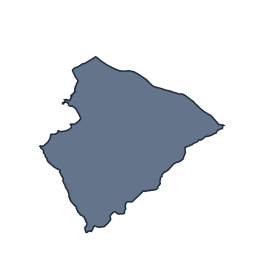 the district of Sandan, Kâmpóng Thum, Cambodia, rotated 64°
{"feature_id": "14789045B38871502259240", "entity_name": "Sandan", "entity_type": "district", "adm_level": 2, "iso_a3": "KHM", "parent_name": "Cambodia", "parent_adm1": "Kâmpóng Thum", "projection": "albers", "projection_center": [105.429, 13.113], "detail": "fine", "context": "isolated", "style": "filled", "palette": "slate", "viewbox_px": 256, "rotation_deg": 64, "n_neighbors": 0, "source": "geoboundaries", "source_scale": "gbopen_adm2", "svg_char_len": 5873}
<svg xmlns="http://www.w3.org/2000/svg" viewBox="0 0 256 256"><g transform="rotate(64 128 128)"><path d="M51.9,152.7L54.7,152.8L58.4,152.8L63.4,152.3L63.9,152.7L65.1,153.3L65.3,153.5L65.2,154.5L65.5,154.5L66.3,155.4L66.8,155.6L67.3,156.5L68.1,157.1L67.9,157.3L69.0,158.0L69.3,158.6L70.3,159.0L70.5,159.1L71.5,159.2L72.0,159.4L71.8,159.7L72.2,159.7L72.3,160.1L72.5,160.3L72.6,160.6L72.8,161.0L72.7,161.6L72.9,161.6L72.9,161.8L73.2,162.0L73.4,162.7L73.3,163.1L73.5,163.3L73.5,163.6L73.8,163.8L73.5,164.0L73.5,164.6L73.6,164.9L73.7,165.0L74.0,165.0L74.4,164.9L74.3,165.1L74.5,165.3L74.6,165.2L75.5,165.8L76.0,165.9L76.4,166.6L76.8,166.8L76.9,167.5L77.1,167.7L77.3,168.1L77.7,168.5L77.1,169.6L76.9,169.5L76.6,169.7L75.9,170.4L75.4,170.8L74.8,172.5L75.3,172.3L76.0,172.6L76.3,173.0L76.9,174.5L76.9,174.8L76.7,175.4L76.7,175.8L77.1,176.1L77.5,176.2L77.9,175.8L78.0,175.5L77.4,174.3L77.3,173.7L77.3,173.2L77.6,172.2L78.9,171.5L79.4,171.0L79.8,170.8L81.2,171.3L81.5,171.3L82.3,170.9L82.9,170.5L83.5,169.7L83.5,169.4L83.4,168.6L84.9,168.0L86.3,167.1L88.1,166.5L89.3,166.4L91.6,166.3L93.7,166.0L93.9,166.1L95.4,166.1L98.2,166.2L99.0,166.7L99.7,168.1L100.3,170.0L100.9,172.3L101.0,173.2L101.0,173.9L100.5,175.7L99.4,177.7L99.4,178.0L99.5,178.2L99.7,178.3L100.9,177.8L101.8,178.1L102.6,178.7L103.0,179.3L103.2,179.9L103.5,182.3L103.2,185.6L102.1,189.2L101.5,190.6L99.9,191.7L99.8,191.9L100.2,192.3L100.7,192.7L101.3,193.5L101.6,194.7L101.6,195.3L101.3,197.1L99.9,199.7L100.0,200.1L100.3,200.5L100.9,200.8L102.9,202.4L103.8,203.4L105.4,206.0L106.3,208.8L107.1,212.1L107.1,212.5L106.6,213.4L105.8,214.3L105.7,214.7L105.8,215.2L106.7,214.7L107.0,214.7L107.8,215.1L108.2,215.1L109.2,214.2L110.9,213.9L111.8,214.1L113.3,214.9L113.7,214.8L114.2,214.4L114.6,214.3L115.4,214.3L116.0,214.5L117.2,214.7L118.4,214.7L119.3,214.2L121.5,214.7L123.0,214.7L124.0,214.3L124.1,214.0L125.1,214.1L125.8,213.6L127.5,212.7L128.8,212.4L130.6,211.6L131.5,210.8L132.5,210.4L133.4,209.9L135.2,208.1L135.8,207.7L136.1,207.6L136.4,207.7L137.0,208.6L137.5,208.8L138.2,208.8L139.0,208.5L140.5,208.7L142.4,208.6L144.4,208.3L145.4,208.5L146.5,209.5L147.3,209.8L148.9,209.7L149.8,209.9L150.7,209.7L151.8,209.6L152.4,209.8L152.7,210.0L153.3,210.1L153.6,210.0L154.4,210.1L155.1,210.0L156.3,209.7L157.5,209.8L158.0,209.5L159.2,209.9L159.5,209.8L160.6,209.8L160.9,210.1L161.7,210.1L162.8,210.7L163.8,211.3L164.7,211.0L164.9,211.2L165.1,211.2L165.6,211.0L165.9,211.3L166.2,211.4L166.5,211.2L166.9,211.2L167.7,211.5L169.6,211.3L170.8,210.9L172.9,210.3L173.3,209.8L173.7,209.9L173.9,210.1L175.5,209.4L176.4,209.1L176.7,209.4L177.5,209.7L178.2,209.6L179.2,209.8L179.8,209.6L180.8,209.7L181.3,210.0L182.3,209.6L182.4,209.4L182.8,209.1L183.2,209.0L183.6,208.8L183.9,208.9L184.1,209.1L184.6,209.1L185.2,208.7L185.6,208.6L185.8,208.3L186.2,208.1L186.5,207.7L186.9,207.4L187.9,207.2L188.2,206.8L188.4,206.4L188.8,206.5L189.6,206.2L189.9,206.3L190.1,206.7L190.7,206.8L192.5,206.2L192.6,206.3L192.8,206.7L193.1,206.9L193.9,206.7L194.6,206.8L195.5,206.6L196.7,207.0L197.1,207.6L197.2,207.9L197.9,208.5L198.1,208.7L198.1,209.7L198.4,210.0L198.6,210.4L198.7,210.5L200.1,211.0L200.5,210.9L201.0,211.2L201.4,211.1L201.8,211.3L203.6,211.5L203.7,211.4L203.8,210.1L203.6,209.6L203.7,208.8L203.5,207.4L204.8,206.5L204.9,206.3L203.8,204.3L203.6,204.1L202.6,203.6L202.4,202.8L201.5,201.8L201.4,201.2L201.5,200.8L201.8,200.3L203.2,199.2L203.8,198.6L204.7,197.1L205.3,195.1L206.0,193.2L206.2,192.1L205.3,190.0L205.1,188.5L204.0,186.3L203.2,184.2L202.3,183.6L199.2,182.5L198.9,182.2L198.7,181.8L197.4,178.3L197.3,177.5L197.4,176.9L197.6,176.5L198.3,176.2L199.1,175.5L200.8,174.8L201.2,174.3L201.7,172.7L202.6,171.1L203.0,170.1L203.1,169.7L203.1,169.2L202.8,168.4L201.4,167.7L199.2,165.2L197.6,165.0L197.0,164.5L195.9,164.2L194.4,162.3L194.2,161.8L194.1,161.2L194.2,160.7L196.0,157.2L195.9,155.5L194.9,153.1L194.0,149.5L192.3,144.6L191.9,143.4L191.2,142.0L191.5,141.6L191.4,141.2L192.4,140.6L192.4,140.2L192.6,140.0L192.9,138.6L192.7,138.3L193.3,137.1L193.7,136.5L193.8,135.8L193.6,135.6L193.7,135.3L193.7,135.0L194.5,133.6L194.9,132.5L195.1,131.9L195.1,131.2L195.4,130.6L195.5,130.4L195.4,129.8L195.5,129.2L195.4,128.3L195.1,127.7L193.4,126.5L193.0,124.8L192.5,123.9L192.3,123.6L191.8,123.3L191.3,123.3L190.8,123.1L189.3,122.3L188.2,121.2L187.4,121.0L186.9,120.7L186.7,120.3L186.6,119.1L186.3,118.6L185.7,118.3L184.7,117.9L183.8,115.3L183.7,112.5L183.3,110.3L182.4,107.7L180.4,103.0L180.2,101.3L180.3,99.7L180.6,97.6L180.7,95.6L180.6,94.7L180.1,92.3L180.0,92.2L179.8,92.2L175.5,87.4L170.5,85.3L170.5,84.8L170.7,84.4L170.5,84.0L170.4,83.5L170.7,83.1L170.7,81.5L171.1,80.5L171.1,80.3L170.8,79.9L170.6,79.3L170.8,78.9L170.8,78.3L171.1,77.8L170.8,76.9L170.8,76.4L170.5,75.4L170.5,74.9L170.8,73.6L170.8,72.3L170.5,71.0L169.9,69.6L170.0,69.1L170.6,68.1L170.8,67.6L170.8,67.1L170.4,64.8L169.7,62.5L169.7,61.8L169.8,61.4L170.6,59.7L170.7,58.7L170.7,57.9L171.1,56.5L170.9,55.1L171.0,54.3L170.8,53.6L171.1,51.3L170.9,50.6L169.9,49.4L169.5,48.0L169.3,46.4L169.4,45.9L169.7,44.5L169.8,43.7L169.5,43.1L167.9,42.1L167.6,41.5L167.6,40.8L166.4,42.0L165.9,43.3L164.3,45.0L163.4,45.1L157.9,46.7L157.3,46.7L153.1,48.1L152.2,48.6L150.1,50.2L147.3,52.0L145.1,53.2L143.2,54.1L141.4,54.8L138.6,55.7L136.6,56.6L132.8,57.7L129.9,59.3L124.7,61.9L122.7,63.1L121.2,64.4L119.9,67.0L119.0,68.1L117.8,69.2L116.3,71.0L113.4,73.8L112.5,74.9L110.8,77.1L109.4,78.6L107.3,80.6L103.5,85.1L102.4,86.2L101.3,87.1L100.2,87.7L94.2,89.9L94.1,89.7L91.9,90.6L90.0,91.8L89.4,92.1L87.5,93.3L85.5,94.3L80.5,97.7L78.9,99.5L77.7,101.1L76.8,102.5L75.5,105.7L75.3,106.4L74.2,108.5L72.5,110.9L71.1,112.2L68.1,114.8L65.6,116.6L63.7,118.2L62.5,119.0L57.6,121.9L54.3,123.6L52.6,124.3L49.8,125.8L50.4,130.8L50.6,134.5L51.0,138.1L51.0,138.7L50.5,140.3L50.4,141.6L50.8,142.8L50.9,145.0L51.0,146.0L50.7,148.8L50.7,149.8L51.3,151.9L51.9,152.7Z" fill="#64748b" stroke="#1e293b" stroke-width="1.5"/></g></svg>